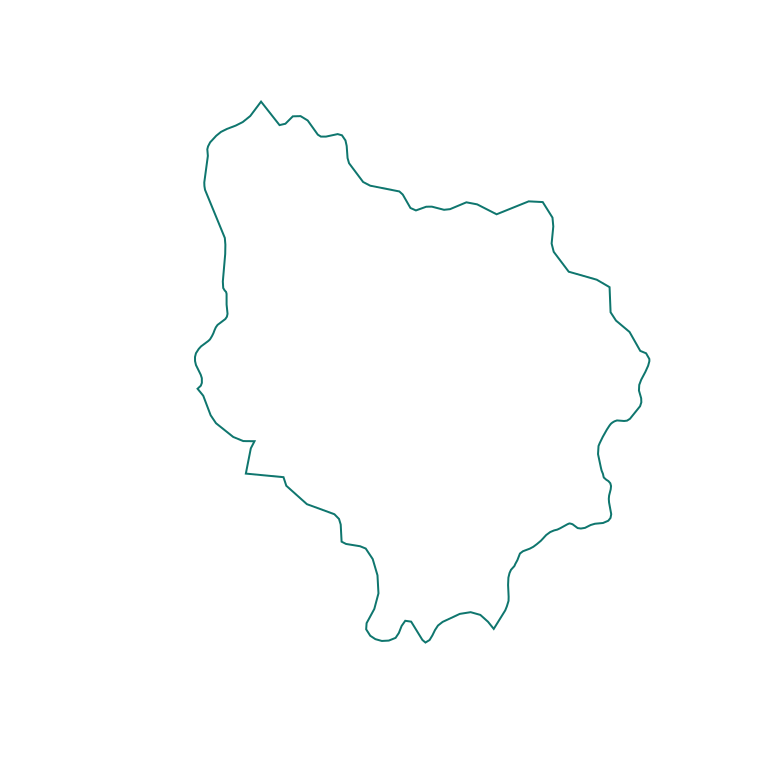 outline of Puy-de-Dôme, rotated 206°
{"feature_id": "FRA-5335", "entity_name": "Puy-de-Dôme", "entity_type": "Metropolitan department", "adm_level": 1, "iso_a3": "FRA", "parent_name": "France", "parent_adm1": "", "projection": "mercator", "projection_center": [3.052, 45.776], "detail": "fine", "context": "isolated", "style": "outline", "palette": "teal", "viewbox_px": 768, "rotation_deg": 206, "n_neighbors": 0, "source": "natural_earth", "source_scale": "10m", "svg_char_len": 2602}
<svg xmlns="http://www.w3.org/2000/svg" viewBox="0 0 768 768"><g transform="rotate(206 384 384)"><path d="M279.9,150.9L286.0,151.7L292.5,155.7L294.8,161.4L294.1,177.6L297.2,193.4L306.0,209.2L317.4,221.7L328.3,228.1L334.4,227.7L348.0,223.6L353.0,223.7L361.3,238.7L365.3,243.0L371.5,245.2L400.6,242.2L427.2,249.7L433.5,256.2L468.9,242.9L475.5,267.8L475.3,275.8L485.5,271.0L496.3,270.3L517.8,275.1L526.1,279.9L541.3,294.2L549.5,298.0L547.9,302.2L548.2,305.2L550.3,309.4L552.8,312.0L561.3,318.6L563.9,321.8L565.7,325.4L566.5,329.2L565.9,334.3L564.9,337.7L560.8,345.6L560.0,347.7L559.8,349.4L559.6,351.9L559.6,354.9L559.9,358.1L560.0,361.2L559.5,364.2L555.1,372.8L554.7,375.6L555.4,378.5L560.3,386.4L565.0,396.0L566.3,397.5L568.3,398.3L570.6,399.8L573.8,405.5L583.7,431.2L587.6,439.6L591.1,445.5L630.0,480.1L632.2,483.2L633.9,486.4L642.3,511.8L645.7,517.5L646.3,520.4L646.2,525.0L643.6,533.6L641.0,539.2L636.9,544.5L630.6,551.2L625.8,557.5L621.7,566.2L618.3,583.9L591.4,570.9L586.7,574.7L583.3,584.6L576.4,588.2L568.1,587.4L552.8,579.1L549.2,578.7L544.5,581.0L535.2,588.3L530.8,589.1L525.4,586.0L521.9,581.6L515.8,571.1L512.2,567.1L491.3,556.4L483.3,556.2L454.6,563.8L450.2,562.5L437.4,553.8L431.4,554.0L423.7,561.9L418.6,564.4L406.4,566.9L401.3,570.1L389.6,583.4L379.0,586.3L357.2,585.9L334.0,611.6L321.1,617.1L305.5,607.4L300.9,599.8L294.9,583.7L289.4,577.2L267.2,565.9L238.5,571.0L223.7,569.9L211.8,547.8L203.3,542.7L186.1,538.4L168.2,526.1L161.9,526.5L156.5,522.8L155.5,520.9L154.6,516.2L154.4,509.4L154.7,500.6L154.2,495.1L152.0,489.9L146.6,483.9L144.7,480.4L144.1,476.3L147.7,460.5L149.5,457.6L152.0,456.0L158.6,453.4L160.5,451.5L161.8,449.5L162.6,447.8L163.1,445.5L163.7,440.7L164.2,432.3L164.2,425.3L164.0,422.3L160.9,414.8L152.4,403.9L150.4,401.5L147.8,399.2L146.0,396.9L145.4,396.3L142.3,395.4L139.7,395.1L137.1,394.0L135.2,391.8L134.1,388.8L132.8,382.5L131.6,379.3L129.8,376.2L122.7,366.6L121.7,362.9L122.5,359.4L126.2,355.1L133.1,350.9L136.4,347.9L140.3,342.8L143.7,340.4L146.8,339.4L153.1,340.6L155.1,340.3L156.3,339.9L157.6,338.4L162.4,331.6L164.4,329.1L167.0,326.9L169.7,323.8L172.0,319.4L174.3,311.8L176.4,307.1L178.4,303.2L180.8,299.9L185.8,294.6L187.5,291.2L186.9,284.2L187.1,279.8L187.0,277.6L188.4,272.7L188.3,269.1L187.3,264.5L184.4,257.8L178.7,247.4L177.0,243.7L176.1,238.0L175.8,233.7L178.0,212.0L186.3,215.9L196.2,218.7L206.1,216.9L215.1,210.6L227.0,195.9L229.6,190.6L230.3,185.2L230.3,179.3L230.8,173.9L233.4,169.8L237.3,170.8L255.4,182.3L261.1,180.5L262.1,174.3L261.5,166.7L262.3,160.9L267.2,155.5L273.3,152.1L279.9,150.9Z" fill="none" stroke="#0f766e" stroke-width="2"/></g></svg>